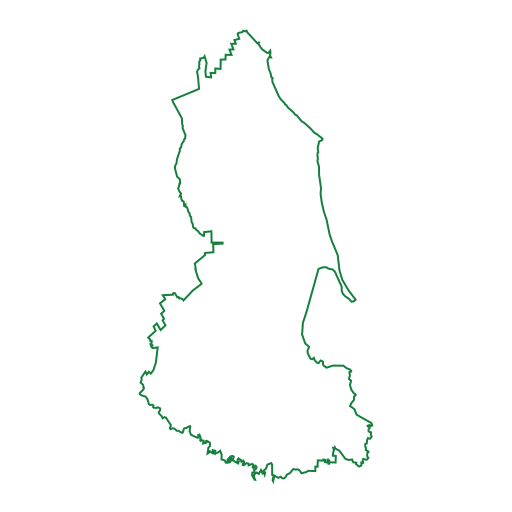 outline of Pajapan, Veracruz, Mexico
{"feature_id": "50627088B83273722146736", "entity_name": "Pajapan", "entity_type": "district", "adm_level": 2, "iso_a3": "MEX", "parent_name": "Mexico", "parent_adm1": "Veracruz", "projection": "equal_earth", "projection_center": [-94.667, 18.219], "detail": "fine", "context": "isolated", "style": "outline", "palette": "green", "viewbox_px": 512, "rotation_deg": 0, "n_neighbors": 0, "source": "geoboundaries", "source_scale": "gbopen_adm2", "svg_char_len": 6065}
<svg xmlns="http://www.w3.org/2000/svg" viewBox="0 0 512 512"><path d="M355.6,299.6L348.7,290.6L342.3,279.9L339.5,270.5L337.7,255.1L331.8,241.0L329.6,234.4L326.6,219.8L323.7,211.0L321.7,202.1L320.6,193.8L321.0,188.0L319.1,175.0L319.0,166.7L317.4,161.1L317.9,158.7L317.4,155.8L317.6,153.1L318.3,152.3L317.7,148.2L319.1,141.5L322.2,140.1L322.5,138.7L317.5,134.6L314.2,132.6L310.6,128.6L304.3,122.9L301.4,121.1L296.7,115.2L295.2,114.7L293.4,112.4L287.6,107.2L286.6,105.4L285.0,104.3L284.7,103.3L280.9,99.4L279.0,96.7L272.4,81.9L272.2,79.0L272.7,78.2L271.3,77.0L270.7,73.7L268.9,69.2L267.5,61.0L268.0,59.1L269.5,56.9L270.9,57.3L270.0,55.3L270.5,52.9L270.2,50.7L268.5,52.9L267.3,53.0L262.1,49.3L259.1,45.1L258.5,43.2L259.6,42.0L257.4,43.3L247.3,32.4L246.6,30.7L245.4,31.3L243.2,30.7L242.2,32.7L242.3,32.2L239.6,32.6L238.0,33.3L237.6,34.1L239.2,38.8L234.4,40.1L235.8,43.7L231.3,43.8L233.4,49.4L229.5,49.6L231.5,54.9L225.7,54.8L225.5,59.5L220.7,59.6L220.6,68.9L215.3,68.5L215.3,73.0L210.6,72.9L211.1,77.4L205.9,76.7L205.4,71.1L206.6,62.9L204.6,56.3L203.8,57.8L200.2,58.5L200.3,60.5L199.6,61.0L199.2,62.1L199.4,64.6L198.9,66.3L199.5,68.1L197.6,70.1L197.1,71.8L198.1,77.8L199.0,88.9L172.3,100.0L172.8,101.7L181.9,118.3L182.2,124.3L182.9,126.4L182.5,127.9L185.5,135.3L185.1,138.5L184.5,138.9L183.7,141.1L181.7,144.0L181.0,147.6L180.2,148.1L179.7,149.9L179.8,151.0L176.9,159.5L176.5,163.3L174.9,166.4L175.2,169.4L177.1,176.6L179.8,179.2L180.2,183.2L179.4,183.8L179.6,184.5L178.9,185.4L179.0,186.5L178.1,188.3L179.5,191.6L181.0,193.5L179.7,196.4L181.0,196.3L181.5,199.6L182.0,200.6L183.7,201.5L184.2,206.0L184.9,206.0L185.5,205.1L185.6,206.8L186.8,207.1L187.3,207.9L188.3,211.6L189.7,213.8L189.9,215.7L191.1,217.0L191.6,222.1L192.7,223.8L193.0,226.7L193.7,228.1L195.4,228.3L196.0,229.7L198.1,231.1L199.8,233.5L203.3,235.9L204.0,235.8L204.1,232.1L211.4,231.3L211.6,242.6L222.6,242.6L222.6,243.6L213.2,244.1L213.4,252.3L205.3,252.9L204.8,253.4L205.0,255.1L194.8,263.5L195.8,269.2L195.4,269.4L198.2,278.4L201.5,283.2L201.5,283.9L192.7,290.6L183.5,300.4L183.0,299.5L180.5,298.2L179.2,298.4L178.6,297.0L177.3,297.3L174.9,293.2L173.7,293.0L173.0,293.7L172.9,294.7L162.8,295.2L165.2,299.3L160.0,303.4L164.3,310.8L161.2,313.8L164.0,318.8L162.6,320.3L165.5,325.3L160.6,330.0L156.8,323.5L153.6,326.4L155.6,330.8L148.2,337.6L150.3,339.7L150.2,340.9L151.8,341.2L151.4,343.5L150.4,344.0L151.4,346.2L153.2,344.6L151.3,346.6L152.5,348.1L157.7,347.4L155.8,362.9L153.4,370.1L150.8,373.6L148.8,371.8L146.8,374.4L145.5,371.6L141.7,377.0L141.3,377.9L141.7,379.8L140.6,382.6L142.9,384.6L143.5,386.5L143.3,387.3L144.0,388.2L142.8,390.2L140.0,392.8L139.7,393.4L140.1,394.3L141.0,395.1L145.8,396.7L147.5,399.3L148.9,404.2L150.1,405.0L152.2,404.7L153.4,405.3L153.1,407.2L153.6,407.7L156.8,407.9L158.0,407.3L160.0,408.3L160.3,409.2L159.9,410.5L158.7,412.2L158.9,413.4L161.6,416.1L162.7,418.3L164.5,417.2L165.7,417.4L166.6,418.7L170.8,425.0L170.7,426.4L169.8,427.9L170.5,429.2L172.7,428.3L174.4,428.6L176.7,430.7L178.4,430.8L182.1,432.9L182.8,432.4L183.9,428.8L184.6,428.2L186.5,428.1L187.6,427.0L190.0,426.1L190.3,426.6L189.6,431.0L190.9,434.7L197.2,437.7L198.3,437.7L198.3,434.9L199.4,434.6L200.7,437.9L200.2,440.3L200.7,440.9L201.7,440.2L203.0,440.5L203.5,441.1L203.1,443.5L206.3,442.6L205.7,441.2L206.6,440.8L209.8,442.6L210.1,445.8L208.4,447.7L207.5,453.6L208.8,452.8L209.8,451.2L212.2,453.0L214.1,453.6L212.6,451.3L212.8,450.1L215.3,450.8L215.4,452.8L216.2,453.0L218.0,452.5L220.2,450.8L221.7,455.0L221.5,459.4L224.8,460.4L225.7,462.6L227.4,462.8L227.6,459.6L229.5,457.5L230.5,459.8L229.9,460.9L228.9,460.7L229.2,462.3L229.9,462.2L230.6,461.4L231.3,456.1L232.9,456.0L233.8,457.0L232.5,460.2L238.1,463.5L238.8,461.6L237.4,461.6L237.7,459.4L238.6,458.4L240.7,459.8L241.4,461.8L242.5,461.6L243.1,460.6L244.0,461.5L244.2,463.7L242.9,464.0L242.8,465.0L243.9,465.2L246.3,463.2L248.6,463.7L248.7,465.3L252.4,463.9L253.4,464.9L252.7,467.3L253.5,468.1L255.5,465.8L256.3,466.5L256.5,467.8L255.8,469.0L254.2,470.1L254.5,471.7L254.0,472.3L252.3,472.6L252.1,475.4L254.7,479.8L255.2,479.8L254.2,477.6L254.0,475.5L254.7,474.0L256.7,472.5L258.8,474.0L261.0,470.0L262.5,473.4L263.8,472.4L264.6,474.7L265.2,472.7L263.5,470.8L266.0,468.7L267.4,464.6L271.2,463.1L272.1,464.6L272.2,474.9L273.7,475.4L272.6,480.2L273.2,481.3L274.3,475.6L278.2,477.8L280.8,476.7L282.1,478.2L283.7,478.4L285.4,477.4L286.8,474.7L289.8,473.2L293.4,469.0L295.6,469.6L298.1,469.4L299.6,470.5L301.5,473.3L306.1,472.1L308.4,470.8L315.3,471.1L315.4,466.6L317.6,466.7L317.8,460.4L323.5,460.6L323.5,459.5L324.5,459.6L325.2,460.1L325.0,462.0L326.5,462.4L327.5,461.7L327.5,459.6L328.1,459.5L329.2,460.6L328.1,462.3L328.3,463.7L329.1,463.8L329.6,462.3L335.6,462.5L335.8,455.9L332.9,455.7L333.0,452.8L334.0,450.4L333.2,447.9L334.4,448.1L334.8,447.3L335.3,448.5L339.5,450.8L345.4,458.9L348.9,460.0L352.1,459.5L353.2,462.3L356.3,462.7L356.1,464.1L358.5,466.2L359.5,466.5L361.4,465.4L361.3,462.6L363.0,463.0L363.3,462.5L362.6,460.7L363.3,458.9L366.2,459.8L367.3,459.3L368.4,457.8L367.4,456.8L367.1,455.6L367.5,452.1L368.4,452.1L368.5,451.6L365.8,449.9L365.9,447.9L365.1,445.9L365.4,443.8L366.8,443.4L367.1,440.0L368.0,438.1L369.9,438.8L371.6,436.7L370.8,434.3L371.0,432.3L369.3,431.9L368.5,430.9L368.5,429.6L369.8,427.9L369.6,427.0L368.0,426.6L367.6,425.8L369.3,425.1L371.7,425.9L372.3,425.2L371.4,423.1L356.5,414.6L354.5,409.2L350.0,406.0L351.2,403.3L354.1,399.7L354.0,396.7L355.7,395.0L355.3,394.1L353.8,393.3L351.3,389.6L350.2,385.8L350.0,384.8L351.0,381.3L350.9,380.5L349.1,379.2L349.0,378.1L349.9,375.9L349.4,372.1L351.2,371.5L351.2,370.8L349.9,369.4L346.4,368.1L343.4,365.7L332.8,365.6L326.6,367.7L323.5,365.5L323.0,364.4L323.0,361.8L322.0,361.0L320.6,360.5L318.7,363.0L317.1,362.8L314.7,360.2L313.9,357.9L312.1,359.3L310.4,358.7L307.7,353.1L307.5,350.8L309.1,346.8L305.2,343.4L302.1,334.5L302.9,322.8L306.4,312.3L318.5,269.0L322.0,267.5L325.3,267.2L326.7,267.4L328.0,268.5L332.6,269.5L334.9,271.7L341.7,286.8L341.7,290.4L342.7,293.5L344.9,296.0L349.1,299.0L351.5,301.7L354.0,301.3L355.6,299.6Z" fill="none" stroke="#15803d" stroke-width="2"/></svg>